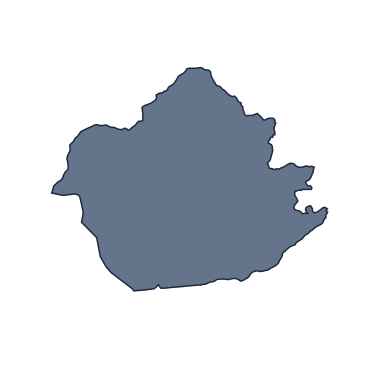 Itaporã, Mato Grosso do Sul, Brazil, rotated 29°
{"feature_id": "56859067B98177520560726", "entity_name": "Itaporã", "entity_type": "district", "adm_level": 2, "iso_a3": "BRA", "parent_name": "Brazil", "parent_adm1": "Mato Grosso do Sul", "projection": "orthographic", "projection_center": [-54.839, -22.004], "detail": "fine", "context": "isolated", "style": "filled", "palette": "slate", "viewbox_px": 384, "rotation_deg": 29, "n_neighbors": 0, "source": "geoboundaries", "source_scale": "gbopen_adm2", "svg_char_len": 4206}
<svg xmlns="http://www.w3.org/2000/svg" viewBox="0 0 384 384"><g transform="rotate(29 192 192)"><path d="M320.5,145.6L320.3,143.7L318.2,143.4L318.6,141.1L315.6,141.0L314.1,142.3L313.4,144.1L312.5,146.4L311.3,148.7L310.2,149.9L309.0,150.9L306.8,150.5L305.6,148.5L304.1,147.4L302.4,146.5L300.7,148.1L299.4,150.0L299.6,151.9L300.8,153.4L303.5,154.7L300.8,155.9L299.0,157.6L296.7,156.6L294.5,156.6L292.3,157.5L290.2,157.4L288.5,156.0L288.2,153.3L288.5,151.4L289.0,148.8L286.8,146.9L284.1,145.4L282.8,144.1L281.8,141.6L283.7,139.6L285.2,138.0L286.9,137.6L287.4,136.0L289.0,135.3L291.9,133.6L293.7,132.8L295.1,131.7L294.7,130.0L292.5,129.3L290.4,130.3L287.9,129.5L286.5,128.1L287.2,126.5L288.6,124.6L288.8,122.2L288.7,120.5L288.5,118.3L288.2,115.6L287.3,113.4L286.8,111.0L284.1,111.5L282.2,113.1L280.3,113.5L278.8,114.2L277.5,115.7L275.8,117.3L273.6,118.5L270.8,118.9L267.9,118.0L265.6,118.4L263.4,119.7L262.0,122.2L260.7,124.5L259.6,126.3L258.2,127.7L257.1,129.7L254.9,130.6L253.0,132.5L250.6,132.8L248.0,133.8L246.1,131.7L244.1,130.2L244.5,128.3L244.8,125.9L244.2,123.3L243.6,121.6L243.4,119.7L242.8,117.6L242.0,115.8L240.9,114.5L239.9,113.0L238.4,112.1L235.1,112.2L234.3,110.2L234.7,108.5L234.3,106.2L236.1,104.8L235.3,102.7L236.7,101.8L235.5,99.5L233.3,97.4L232.3,95.3L232.2,93.3L231.9,91.1L230.2,91.1L230.0,89.1L227.9,88.1L226.2,88.7L223.9,89.9L221.7,92.3L220.3,94.3L218.1,93.7L215.7,92.7L213.4,92.3L211.1,91.6L209.5,93.4L208.5,94.8L206.8,96.3L204.3,97.6L202.2,99.2L200.6,98.6L199.2,97.4L197.6,95.9L196.3,94.8L195.1,92.9L192.8,92.2L191.9,90.4L188.8,90.4L186.7,89.1L184.7,87.9L182.6,87.6L180.9,89.1L179.1,89.2L176.6,89.0L174.5,88.5L172.4,87.7L170.9,87.4L168.5,87.3L166.7,86.5L164.7,86.2L161.8,86.9L159.3,85.5L156.6,84.1L154.4,82.5L152.6,81.4L151.2,79.5L149.8,77.9L148.2,77.3L146.1,77.9L144.3,78.8L141.5,78.8L139.9,78.7L137.6,80.1L135.5,81.9L133.6,82.9L131.5,84.1L129.6,85.0L127.7,86.8L127.8,89.3L127.0,92.1L125.5,94.8L124.6,96.1L123.9,97.8L124.1,100.9L123.7,104.0L123.4,106.8L121.9,109.3L120.7,111.7L120.8,114.5L120.1,116.5L118.7,117.3L118.3,119.3L116.9,120.3L115.0,122.2L113.6,124.7L115.4,126.8L115.4,129.6L114.1,132.0L113.0,134.4L111.2,136.4L109.5,138.4L108.2,140.0L107.3,142.3L109.6,145.5L111.0,147.3L112.0,149.1L113.4,151.4L114.3,153.7L112.9,154.9L111.3,155.7L110.3,158.2L110.1,161.2L108.5,164.0L107.6,166.9L106.1,169.0L104.2,168.4L102.0,169.0L100.8,170.9L99.3,172.1L96.1,173.0L93.8,173.1L92.0,173.5L89.8,174.6L87.4,175.0L85.1,174.9L83.6,175.5L81.4,177.4L78.8,178.6L76.3,179.2L74.2,180.8L73.0,182.8L70.9,185.5L69.0,188.0L67.2,190.6L65.5,193.2L65.1,196.0L64.9,198.7L63.8,201.4L63.8,204.1L63.6,206.4L62.6,208.8L62.4,210.5L64.5,213.2L65.5,215.9L65.5,217.9L65.7,221.1L66.5,223.6L69.2,226.6L70.2,228.0L71.5,229.8L72.1,231.4L72.5,233.0L71.5,235.6L71.5,237.5L71.5,240.0L72.0,241.9L71.9,243.7L71.4,245.9L69.8,248.1L69.1,250.9L68.2,253.5L69.8,260.9L76.8,258.8L81.1,257.3L84.6,254.8L89.1,251.4L91.8,250.0L94.4,249.9L96.3,250.7L98.9,253.6L100.9,255.8L104.9,260.4L106.6,262.3L107.4,264.1L109.0,268.8L110.0,272.0L130.7,278.1L132.8,280.6L134.7,282.9L143.2,293.0L153.4,299.2L159.2,301.3L160.9,301.8L166.8,302.6L168.4,302.9L182.9,305.0L186.8,305.6L189.0,306.7L194.0,303.4L195.9,302.1L199.4,299.7L205.8,294.9L206.6,293.0L207.5,289.4L209.3,290.4L211.5,291.2L215.2,289.0L221.9,284.3L226.6,281.3L233.5,276.5L242.5,270.4L244.4,269.4L246.6,267.3L248.5,266.0L249.8,264.5L250.5,263.0L252.5,261.3L254.8,259.3L255.8,257.1L256.8,255.9L258.2,255.0L259.4,254.1L261.5,253.1L263.1,252.2L264.7,251.7L266.1,251.0L267.6,249.8L270.5,247.3L273.6,246.1L275.4,246.1L277.7,246.4L279.8,244.3L280.9,242.1L282.1,240.6L282.8,238.2L282.9,234.9L284.0,232.5L285.9,230.3L287.3,229.4L290.3,228.4L292.2,227.1L294.2,225.1L295.9,223.8L297.1,222.1L297.8,220.3L298.8,219.0L300.3,216.7L301.3,214.7L302.0,212.4L301.9,210.7L301.8,208.4L302.0,205.8L301.8,203.7L301.0,202.2L301.3,200.2L302.2,198.2L303.0,195.5L303.9,193.3L304.8,191.5L306.3,189.8L308.0,187.8L307.5,186.2L308.6,184.0L310.0,181.4L311.0,179.7L311.4,177.6L311.8,175.0L313.0,173.2L314.0,171.0L314.4,169.1L315.5,167.4L316.2,165.1L317.3,162.5L318.9,160.0L320.1,158.5L321.1,156.3L321.2,153.6L320.7,152.0L321.6,149.7L320.2,147.5L320.5,145.6Z" fill="#64748b" stroke="#1e293b" stroke-width="1.5"/></g></svg>